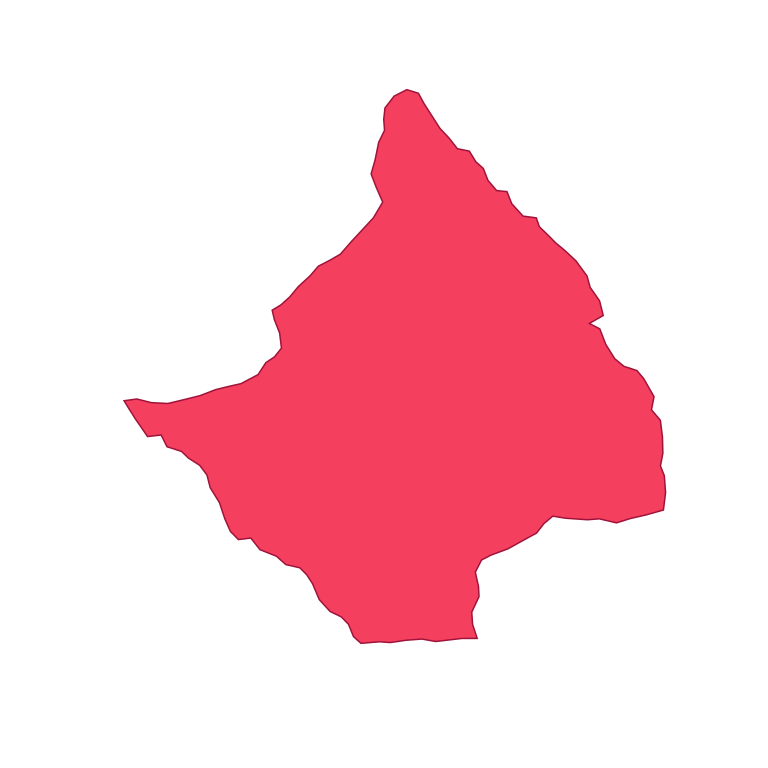 Ribeirão Corrente, São Paulo, Brazil, rotated 71°
{"feature_id": "56859067B56009321964576", "entity_name": "Ribeirão Corrente", "entity_type": "district", "adm_level": 2, "iso_a3": "BRA", "parent_name": "Brazil", "parent_adm1": "São Paulo", "projection": "albers", "projection_center": [-47.577, -20.458], "detail": "fine", "context": "isolated", "style": "filled", "palette": "rose", "viewbox_px": 768, "rotation_deg": 71, "n_neighbors": 0, "source": "geoboundaries", "source_scale": "gbopen_adm2", "svg_char_len": 1742}
<svg xmlns="http://www.w3.org/2000/svg" viewBox="0 0 768 768"><g transform="rotate(71 384 384)"><path d="M561.9,148.8L551.5,149.3L540.3,142.9L524.9,138.0L508.3,134.5L495.5,139.5L483.9,132.8L463.4,136.7L453.6,140.5L445.4,151.4L435.2,157.6L418.8,161.4L402.2,162.0L393.6,170.1L390.6,154.4L375.6,153.1L359.8,157.6L347.9,156.9L329.9,162.5L316.7,169.5L306.5,175.7L296.7,180.4L285.9,185.9L276.5,185.9L270.5,197.9L255.1,204.5L242.1,205.1L237.8,214.5L225.4,219.4L212.6,219.9L203.8,224.8L191.6,227.5L185.4,238.0L172.4,242.5L160.8,247.8L144.9,251.7L131.7,254.9L120.3,256.8L113.1,266.6L115.1,280.7L123.3,293.2L133.7,298.1L144.3,300.9L153.7,310.3L169.1,319.4L181.2,327.8L195.6,327.3L211.6,326.0L223.4,339.9L230.4,352.9L238.8,368.7L247.0,382.9L249.4,395.1L251.2,407.7L257.6,418.6L264.0,433.3L271.0,444.8L275.6,455.6L277.8,465.7L287.4,466.7L301.9,466.1L316.7,469.3L322.7,478.7L325.3,488.7L334.1,500.0L337.1,519.2L335.7,531.8L334.5,545.0L335.1,561.8L333.7,577.8L332.1,594.6L325.9,610.0L317.7,622.6L315.2,635.2L325.3,633.0L336.7,630.3L346.5,627.5L356.7,624.7L359.7,611.3L372.7,609.6L381.8,597.4L390.6,592.9L400.8,584.8L412.4,581.0L425.4,582.1L442.7,578.2L459.7,578.4L473.5,577.2L483.7,572.3L486.3,560.1L500.3,555.2L511.8,541.8L522.8,535.6L530.4,523.4L539.2,519.2L549.4,516.6L566.8,515.4L581.6,509.0L590.3,500.2L599.7,495.8L612.9,495.1L621.7,490.2L626.3,472.1L630.5,462.3L633.5,446.5L637.5,431.2L644.3,419.0L646.9,407.1L649.9,393.4L654.9,378.7L640.1,378.5L628.3,375.3L616.0,363.4L606.4,360.6L591.6,358.9L582.2,349.1L580.6,338.6L580.2,320.5L577.6,305.8L574.6,288.3L568.0,278.1L563.9,267.4L570.0,256.1L578.6,235.8L581.6,224.3L591.0,209.4L591.4,194.9L593.1,178.9L594.1,160.8L578.3,153.1L561.9,148.8Z" fill="#f43f5e" stroke="#9f1239" stroke-width="1.5"/></g></svg>